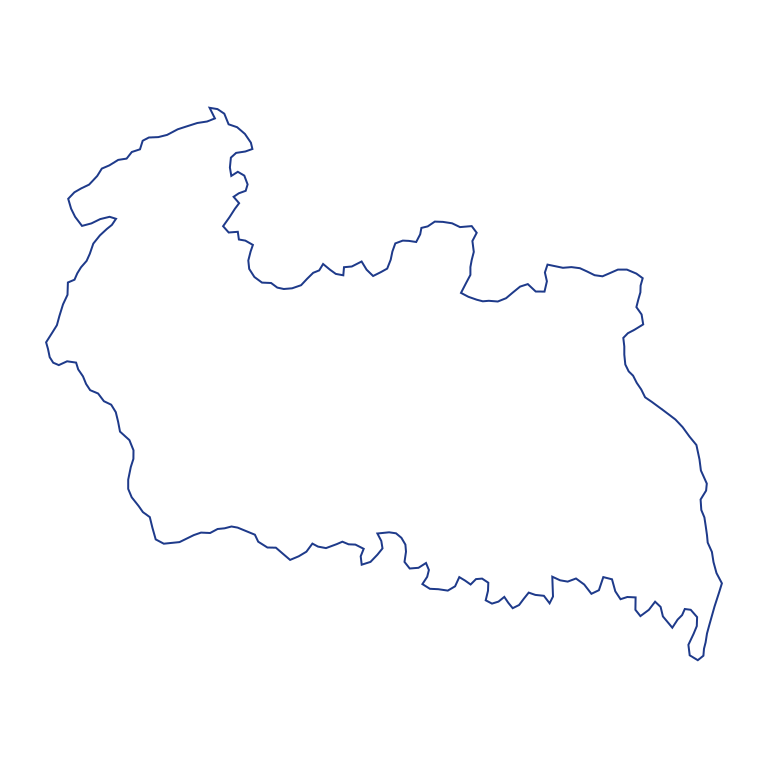 outline of Casimiro de Abreu, Rio de Janeiro, Brazil
{"feature_id": "56859067B53466809701697", "entity_name": "Casimiro de Abreu", "entity_type": "district", "adm_level": 2, "iso_a3": "BRA", "parent_name": "Brazil", "parent_adm1": "Rio de Janeiro", "projection": "albers", "projection_center": [-42.139, -22.475], "detail": "fine", "context": "isolated", "style": "outline", "palette": "blue", "viewbox_px": 768, "rotation_deg": 0, "n_neighbors": 0, "source": "geoboundaries", "source_scale": "gbopen_adm2", "svg_char_len": 3921}
<svg xmlns="http://www.w3.org/2000/svg" viewBox="0 0 768 768"><path d="M298.7,556.3L306.4,551.7L312.4,543.6L318.0,546.6L326.0,548.1L336.8,544.1L342.4,541.7L348.6,544.3L355.4,544.6L363.7,548.8L360.7,556.3L361.7,564.7L370.5,561.9L377.4,554.7L382.5,548.4L381.3,541.0L377.4,533.5L389.1,532.3L396.0,533.3L401.4,537.8L405.4,544.6L406.0,551.7L404.5,561.9L409.7,568.5L418.5,567.8L426.0,563.0L428.9,570.0L427.2,576.8L422.4,584.1L429.9,588.8L438.3,589.2L447.8,590.6L455.1,586.3L459.3,577.1L465.1,580.6L470.6,584.5L476.0,579.1L482.1,578.6L488.3,582.7L488.0,590.8L485.7,600.3L492.0,603.6L498.5,601.6L504.3,596.9L508.3,602.8L512.7,608.2L519.1,605.0L523.6,599.0L528.7,592.6L535.3,594.9L543.9,595.8L549.6,603.3L553.0,596.5L552.6,585.6L552.3,576.7L560.1,580.3L567.7,581.6L576.0,578.5L584.2,584.5L591.4,593.8L598.9,590.2L603.3,577.1L612.0,579.3L615.3,591.3L620.5,599.2L627.3,597.0L635.6,597.4L635.4,609.8L640.4,616.1L648.9,609.8L655.1,601.7L660.6,606.9L662.9,616.4L672.3,627.7L677.6,619.6L682.1,615.1L684.8,609.0L690.7,609.8L697.1,617.1L696.8,626.1L693.6,633.8L688.4,644.8L689.7,655.3L697.8,660.2L703.4,655.7L704.0,648.7L705.6,642.4L707.0,633.5L709.2,625.4L712.1,615.1L714.5,606.6L716.7,599.8L719.1,592.4L721.9,583.3L716.5,573.1L713.5,562.1L711.9,551.9L707.7,542.6L707.0,535.2L705.7,526.0L704.4,517.4L701.3,510.0L700.6,499.5L706.1,490.6L706.8,483.6L703.8,476.9L700.9,470.5L699.5,459.5L696.4,445.0L689.5,436.6L682.6,427.1L675.4,419.5L663.4,410.4L658.5,406.8L651.7,401.8L645.1,397.3L641.2,389.4L636.7,382.8L633.1,375.7L628.7,371.4L625.3,364.5L624.3,354.6L624.3,346.5L623.3,337.9L627.9,333.2L634.4,329.8L643.2,324.4L641.6,314.5L636.4,307.1L638.3,299.6L640.4,292.3L640.6,285.6L642.7,278.2L636.4,273.6L626.9,269.6L617.9,269.6L608.1,273.9L602.5,276.3L594.6,275.2L587.1,271.5L579.9,268.2L571.4,267.1L562.9,267.8L547.5,264.6L544.9,272.5L546.9,281.3L544.5,291.6L535.7,291.5L527.8,284.1L520.1,286.6L512.6,292.7L506.1,298.2L497.8,301.5L488.8,300.8L482.8,301.3L476.7,299.7L468.4,296.8L461.0,292.9L466.1,283.0L470.4,274.9L470.4,267.1L471.7,260.0L473.8,251.9L472.4,241.0L476.7,232.8L471.7,226.1L460.0,227.1L452.1,223.3L443.0,221.9L434.8,221.6L427.7,226.4L421.4,227.9L420.2,234.3L416.2,242.0L409.0,240.9L402.8,240.6L395.3,243.4L392.4,251.5L390.7,259.7L387.2,268.6L380.9,272.1L373.1,276.0L366.6,269.7L361.6,261.5L351.8,266.5L344.0,267.2L343.3,275.3L335.8,273.9L330.0,269.7L323.1,264.0L319.2,270.4L313.2,272.8L307.1,278.8L301.1,285.2L292.1,288.3L283.8,289.0L277.3,287.6L271.1,283.0L262.0,282.6L254.4,277.0L249.2,268.9L248.3,260.5L250.6,251.5L252.9,244.9L245.3,240.6L238.9,239.5L237.8,231.8L228.7,232.5L223.1,226.2L229.5,217.2L234.9,208.8L239.1,203.2L233.6,196.8L238.8,193.3L245.7,190.8L247.6,184.4L244.3,175.6L237.8,171.8L231.3,175.9L229.9,167.5L230.9,157.6L236.1,152.9L245.3,151.5L252.4,149.0L250.9,142.7L244.9,133.9L237.1,127.2L228.6,124.3L224.3,113.7L217.5,109.1L209.6,107.8L214.9,118.4L207.1,121.5L197.3,123.0L185.4,126.8L177.7,129.3L167.1,134.9L158.3,137.1L148.9,137.5L142.7,140.7L140.0,149.3L131.8,152.0L126.6,158.6L118.2,159.9L109.3,165.4L101.8,168.6L97.2,176.0L89.1,184.6L81.2,188.4L74.4,192.3L68.2,198.8L71.1,208.7L75.1,216.8L82.0,225.9L91.4,223.4L100.2,219.1L109.6,216.8L116.0,218.8L111.9,224.9L106.8,229.0L99.9,235.4L93.3,243.6L89.8,253.8L86.6,260.9L81.0,267.3L77.3,273.3L74.5,279.7L67.9,282.5L67.5,294.8L63.0,304.4L59.4,316.0L56.9,325.2L51.7,333.5L46.1,342.3L48.0,349.0L49.7,357.2L53.2,362.7L58.8,365.1L67.1,361.3L76.1,362.6L78.2,369.4L83.0,376.4L86.1,384.0L90.2,390.2L98.1,393.5L103.9,401.2L111.2,404.7L115.8,412.2L118.1,421.7L120.0,431.6L129.4,440.1L133.5,450.3L133.4,458.9L130.8,467.0L128.2,479.7L128.2,488.9L131.7,497.3L138.7,506.1L142.9,512.1L149.8,517.1L152.4,527.7L155.7,539.4L163.8,543.7L179.5,542.1L193.8,535.1L201.0,532.6L210.1,533.0L217.6,529.0L224.6,528.3L231.5,526.5L237.6,527.6L247.1,531.5L254.9,534.7L258.2,541.7L267.4,547.5L275.9,547.7L282.6,553.5L290.1,559.9L298.7,556.3Z" fill="none" stroke="#1e3a8a" stroke-width="2"/></svg>